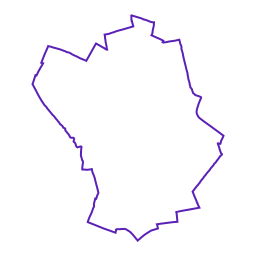 Chom Thong, Bangkok Metropolis, Thailand (Albers equal-area conic projection)
{"feature_id": "78962969B14183764465064", "entity_name": "Chom Thong", "entity_type": "district", "adm_level": 2, "iso_a3": "THA", "parent_name": "Thailand", "parent_adm1": "Bangkok Metropolis", "projection": "albers", "projection_center": [100.463, 13.687], "detail": "fine", "context": "isolated", "style": "outline", "palette": "violet", "viewbox_px": 256, "rotation_deg": 0, "n_neighbors": 0, "source": "geoboundaries", "source_scale": "gbopen_adm2", "svg_char_len": 5456}
<svg xmlns="http://www.w3.org/2000/svg" viewBox="0 0 256 256"><path d="M75.1,143.3L75.7,144.4L75.9,145.1L76.3,146.3L76.5,146.6L76.7,146.9L76.9,147.1L77.4,147.3L77.5,147.3L78.7,147.0L80.0,146.6L81.0,146.4L81.4,146.7L81.5,147.0L81.5,147.5L81.3,148.2L81.1,150.5L81.0,152.0L81.0,152.8L81.0,153.1L80.9,154.5L80.9,155.0L81.0,156.2L81.3,156.8L82.2,160.3L82.5,160.5L82.7,160.8L83.0,162.2L83.0,162.3L82.8,164.1L82.6,165.1L82.4,166.5L82.2,169.1L82.3,169.5L83.3,169.5L85.4,169.6L86.4,169.8L87.0,169.8L88.0,169.7L90.4,169.4L91.8,169.1L92.0,170.3L92.3,171.4L92.8,173.2L93.5,174.6L94.6,177.7L96.5,185.3L96.8,186.2L98.4,192.7L98.4,192.9L97.1,195.8L96.6,197.6L96.4,198.2L96.1,198.8L95.3,198.5L94.3,202.3L93.9,204.3L94.1,205.8L94.1,206.0L93.8,207.2L93.5,207.6L93.1,208.4L92.0,211.6L91.1,213.9L91.0,214.0L90.8,214.2L90.7,214.7L90.6,214.8L90.2,215.7L89.0,218.3L88.6,219.5L87.7,222.0L87.9,222.2L92.8,224.1L97.5,226.0L102.5,228.0L102.8,228.2L105.2,229.0L108.2,230.1L110.4,230.8L111.0,231.1L114.2,232.2L115.5,232.7L116.1,230.0L116.0,229.7L116.3,229.4L116.6,229.3L117.3,229.2L120.8,229.2L121.2,228.9L122.2,229.0L124.9,228.9L125.2,229.0L125.6,229.1L128.3,230.7L130.1,231.9L132.7,234.5L137.7,240.6L139.0,239.4L139.7,238.9L140.3,238.3L141.8,237.0L143.9,235.3L145.7,234.0L150.9,230.7L151.6,230.4L156.3,229.0L157.9,228.5L157.8,228.0L157.3,225.3L157.2,225.0L156.9,224.3L161.5,223.6L167.8,222.8L173.4,222.1L177.4,221.8L177.1,218.2L176.8,215.3L176.7,214.2L176.3,212.0L181.1,211.0L195.0,208.5L199.4,207.7L198.0,204.8L197.5,203.6L197.5,203.4L197.4,203.4L197.3,203.2L196.5,201.2L196.5,200.9L196.2,200.3L193.7,194.4L193.0,192.4L192.6,191.7L193.5,190.4L193.8,190.2L194.0,189.8L194.3,189.5L194.8,188.8L195.6,187.7L196.3,186.9L196.7,186.3L197.6,185.3L198.1,184.9L198.4,184.3L198.9,183.7L199.5,183.0L200.9,180.8L201.8,179.7L202.1,179.3L202.6,178.8L203.1,178.2L203.4,177.8L203.6,177.4L203.9,177.0L204.3,176.6L204.3,176.4L205.4,175.1L205.6,175.0L206.6,173.5L207.5,172.5L208.0,171.8L208.8,171.0L210.0,169.5L210.1,169.2L211.1,167.9L211.4,167.5L212.2,166.6L213.3,165.4L213.8,164.6L214.2,163.8L214.5,163.5L215.2,162.9L215.5,162.6L215.6,162.4L216.0,162.0L216.1,161.9L216.7,160.9L217.0,160.6L217.2,160.3L217.3,160.1L217.6,159.8L217.7,159.6L218.2,159.0L220.2,156.1L221.0,155.5L221.3,155.3L221.9,154.5L221.9,154.3L221.9,154.0L221.6,153.7L221.3,153.4L221.0,153.2L220.8,152.8L220.7,152.3L219.6,149.2L219.0,146.8L217.8,143.7L217.8,143.4L218.1,143.3L219.8,143.8L220.4,143.8L220.5,143.7L220.6,143.2L221.0,141.2L223.1,136.9L223.5,135.7L209.9,125.7L204.3,121.7L199.7,118.2L199.0,117.5L198.4,116.8L197.8,115.8L197.2,114.6L196.9,113.9L196.7,113.0L196.6,112.0L196.6,111.3L197.0,109.0L198.7,103.6L199.3,102.1L200.4,99.4L200.8,98.8L200.8,98.7L201.1,97.7L201.1,97.4L201.0,97.2L200.6,96.9L200.3,96.8L198.8,96.2L196.6,95.5L195.7,95.2L195.3,95.1L195.2,95.0L194.7,94.3L194.5,94.1L193.2,93.2L192.9,92.7L192.7,91.8L192.4,91.0L191.8,89.1L191.6,88.7L191.2,88.2L190.4,87.5L190.3,87.2L190.2,85.7L189.7,84.7L189.7,83.6L188.4,79.1L188.1,77.1L187.6,75.0L187.7,74.4L187.2,72.0L187.0,71.4L186.9,71.0L186.6,70.3L185.7,66.3L185.5,65.5L185.0,63.6L184.8,62.8L184.0,59.4L183.5,57.5L182.9,54.2L182.7,53.3L182.0,50.7L181.5,49.2L181.4,48.1L181.5,47.8L181.5,47.5L181.5,46.9L181.2,46.0L181.0,45.4L180.2,43.6L180.1,43.1L180.0,42.6L179.3,39.7L176.6,40.3L175.5,40.6L172.2,41.1L169.7,41.4L165.9,42.2L164.1,42.4L163.6,42.6L163.0,42.4L162.6,42.2L163.3,40.7L159.5,38.8L157.0,37.8L154.5,36.6L151.5,35.3L152.0,34.4L152.4,33.2L152.8,30.1L153.3,27.9L153.5,26.9L153.8,25.8L154.0,22.3L153.2,22.4L150.8,21.9L150.4,21.8L147.1,20.4L144.9,19.7L144.1,19.5L143.7,19.5L143.1,19.2L141.8,18.5L141.2,18.3L134.9,16.4L131.5,15.4L131.3,15.5L131.4,16.7L131.4,18.9L131.4,19.0L131.5,20.2L131.7,21.2L131.8,21.2L132.0,21.2L132.4,23.3L132.6,23.8L133.3,26.4L127.1,28.2L121.2,29.9L118.4,30.6L115.9,31.4L114.4,32.0L111.5,32.9L110.1,33.4L108.6,33.9L104.6,34.6L104.8,35.3L105.0,37.0L105.0,37.7L105.4,39.9L105.7,42.5L106.2,44.6L106.9,48.9L107.1,49.6L106.5,49.6L105.0,48.7L104.0,48.0L103.6,47.7L103.2,47.5L102.7,47.4L102.0,47.0L100.6,46.0L98.1,44.7L97.5,44.3L96.0,43.5L86.3,60.8L86.2,60.7L85.8,60.5L83.1,59.5L82.5,59.2L82.4,59.1L80.6,58.5L79.3,57.9L79.1,57.7L78.6,57.4L77.8,57.1L77.6,56.9L76.9,56.6L76.7,56.5L75.7,56.0L74.4,55.5L73.6,55.0L73.3,54.9L71.8,54.2L71.1,53.6L69.9,52.9L68.4,52.4L67.3,52.2L67.2,52.2L66.5,52.0L65.1,51.2L63.8,50.8L62.8,50.4L62.7,50.3L61.7,50.0L60.4,49.5L58.9,49.0L56.8,48.5L56.6,48.4L55.2,48.0L54.2,47.8L51.6,47.0L49.8,46.4L49.1,46.4L48.2,46.1L48.1,46.4L47.3,48.3L44.6,54.3L41.3,62.8L43.1,63.3L41.1,66.8L40.6,67.6L39.9,68.8L38.4,71.5L36.5,75.5L35.5,75.1L32.7,83.8L32.5,84.1L32.6,84.5L33.0,85.0L33.3,85.6L36.4,91.4L37.2,93.0L37.8,94.1L38.0,94.6L40.0,98.1L42.0,101.4L42.8,102.6L42.9,102.8L43.1,102.9L43.2,103.0L43.3,103.2L43.5,103.7L44.4,105.0L46.1,106.7L47.0,107.9L47.7,109.0L48.7,110.1L49.6,111.3L49.9,111.6L50.9,112.8L51.5,113.5L52.3,114.7L53.3,115.5L54.7,117.0L55.0,117.5L55.3,118.0L56.8,119.7L57.1,120.0L58.3,121.7L58.7,122.0L59.2,122.6L59.9,123.9L60.0,124.1L60.7,124.5L62.0,125.7L62.4,126.0L62.7,126.4L62.8,126.6L63.0,127.2L63.1,127.5L63.5,127.8L64.9,128.3L65.2,128.6L65.3,128.8L65.2,129.9L65.4,130.5L68.0,133.7L68.7,134.4L68.9,134.8L69.3,135.6L69.7,136.2L69.9,136.9L70.0,137.1L70.2,137.3L70.6,137.5L71.0,137.7L71.2,137.8L72.0,137.7L72.8,137.8L73.3,137.8L73.6,137.9L73.7,138.0L73.9,138.5L74.2,139.0L74.1,139.4L73.7,140.7L73.6,141.1L73.6,141.5L73.8,141.9L74.1,142.2L74.4,142.3L74.8,142.5L75.1,143.3Z" fill="none" stroke="#5b21b6" stroke-width="2"/></svg>